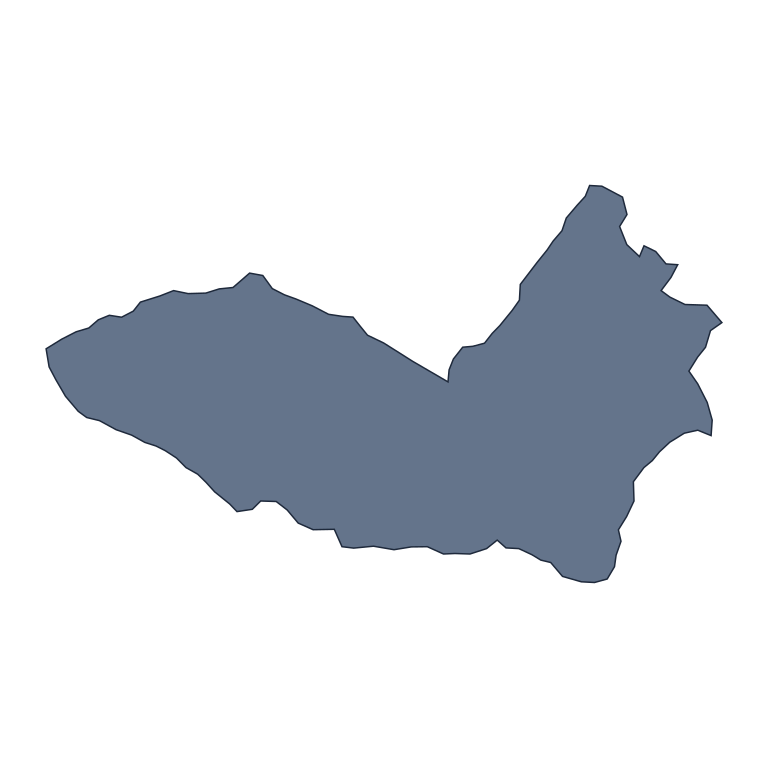 the district of Quatiguá, Paraná, Brazil
{"feature_id": "56859067B81850837706084", "entity_name": "Quatiguá", "entity_type": "district", "adm_level": 2, "iso_a3": "BRA", "parent_name": "Brazil", "parent_adm1": "Paraná", "projection": "albers", "projection_center": [-49.931, -23.557], "detail": "fine", "context": "isolated", "style": "filled", "palette": "slate", "viewbox_px": 768, "rotation_deg": 0, "n_neighbors": 0, "source": "geoboundaries", "source_scale": "gbopen_adm2", "svg_char_len": 1680}
<svg xmlns="http://www.w3.org/2000/svg" viewBox="0 0 768 768"><path d="M46.1,348.8L49.1,366.9L55.8,379.6L65.5,396.3L78.3,411.4L86.7,417.5L99.4,420.6L116.1,429.7L131.6,435.1L144.8,442.4L156.0,446.0L165.3,450.7L176.5,458.0L186.0,467.6L197.7,474.2L205.9,482.2L214.7,491.9L229.6,503.9L237.0,511.6L252.3,509.3L260.7,501.0L276.2,501.5L287.2,510.0L298.2,523.1L313.1,529.7L334.3,529.3L342.0,546.7L353.7,548.1L373.5,546.2L394.0,549.7L411.3,546.9L427.3,546.7L443.5,554.0L454.9,553.5L470.0,554.0L486.6,548.6L497.2,540.1L506.0,547.9L518.8,548.6L531.9,554.7L540.8,560.1L550.7,562.5L562.5,576.4L581.3,581.8L594.5,582.5L607.2,579.0L614.5,566.7L616.1,555.2L621.0,541.3L618.4,529.8L626.6,516.6L634.0,501.0L633.4,481.7L643.9,467.6L652.4,460.5L659.5,451.8L669.8,442.2L684.3,433.2L697.7,430.2L711.1,435.6L712.2,420.1L707.2,402.4L697.7,383.8L688.9,371.1L697.7,357.0L705.5,347.3L710.5,330.6L721.9,322.6L707.0,305.2L685.0,304.5L669.9,297.1L661.1,290.6L671.0,277.4L677.7,264.7L666.0,263.9L655.7,251.5L644.0,245.8L639.5,256.6L626.8,244.6L619.6,226.5L627.0,214.5L622.5,197.1L601.9,186.2L589.6,185.5L585.3,196.3L577.1,205.3L566.3,218.0L562.0,230.7L553.1,241.1L547.1,250.0L537.2,262.3L520.3,284.4L519.4,300.2L512.1,310.5L499.8,325.6L492.2,333.4L484.5,343.2L472.8,346.3L462.7,347.2L453.4,359.0L449.1,369.8L448.0,381.9L412.8,361.4L383.7,343.0L367.5,335.2L359.7,325.6L353.0,317.1L342.7,316.4L328.6,314.3L312.2,305.8L296.0,299.0L284.4,294.8L272.3,288.6L262.8,275.5L249.6,273.1L233.0,287.5L219.2,288.9L205.8,293.1L188.1,293.6L173.6,290.6L159.8,296.0L140.4,302.1L133.3,311.1L121.6,317.2L109.3,315.3L98.3,319.8L88.8,328.0L76.1,331.8L61.8,339.1L46.1,348.8Z" fill="#64748b" stroke="#1e293b" stroke-width="1.5"/></svg>